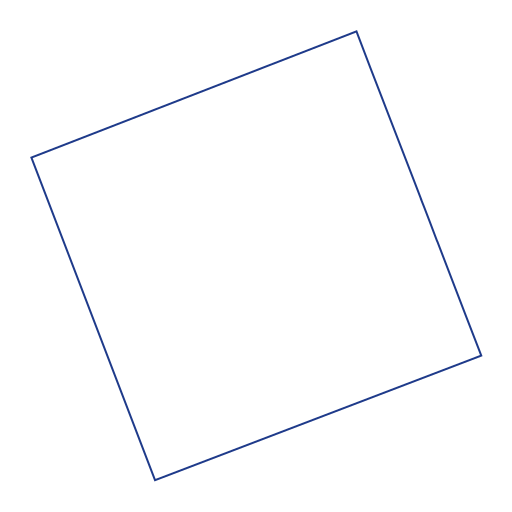 outline of Franklin, Nebraska, United States of America, rotated 249°
{"feature_id": "52423323B81313080696074", "entity_name": "Franklin", "entity_type": "district", "adm_level": 2, "iso_a3": "USA", "parent_name": "United States of America", "parent_adm1": "Nebraska", "projection": "albers", "projection_center": [-98.97, 40.176], "detail": "fine", "context": "isolated", "style": "outline", "palette": "blue", "viewbox_px": 512, "rotation_deg": 249, "n_neighbors": 0, "source": "geoboundaries", "source_scale": "gbopen_adm2", "svg_char_len": 436}
<svg xmlns="http://www.w3.org/2000/svg" viewBox="0 0 512 512"><g transform="rotate(249 256 256)"><path d="M429.7,430.3L428.4,81.6L82.9,81.4L82.3,430.6L82.5,430.6L89.5,430.6L125.4,430.5L132.7,430.5L154.1,430.5L168.3,430.5L204.2,430.5L205.4,430.4L225.8,430.5L241.0,430.5L241.4,430.5L249.7,430.4L249.7,430.5L269.8,430.5L346.8,430.3L357.4,430.3L390.7,430.2L392.4,430.2L429.7,430.3Z" fill="none" stroke="#1e3a8a" stroke-width="2"/></g></svg>